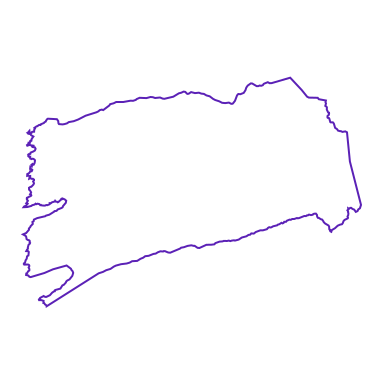 outline of São Desidério, Bahia, Brazil
{"feature_id": "56859067B26538117182500", "entity_name": "São Desidério", "entity_type": "district", "adm_level": 2, "iso_a3": "BRA", "parent_name": "Brazil", "parent_adm1": "Bahia", "projection": "orthographic", "projection_center": [-45.646, -12.88], "detail": "fine", "context": "isolated", "style": "outline", "palette": "violet", "viewbox_px": 384, "rotation_deg": 0, "n_neighbors": 0, "source": "geoboundaries", "source_scale": "gbopen_adm2", "svg_char_len": 5806}
<svg xmlns="http://www.w3.org/2000/svg" viewBox="0 0 384 384"><path d="M32.3,169.8L32.1,170.6L31.6,171.3L30.3,171.1L29.7,172.4L28.7,173.4L27.3,174.0L27.2,175.0L27.2,175.9L28.4,175.6L29.2,176.1L30.2,176.0L30.2,177.1L29.3,178.0L29.2,178.7L30.4,178.1L31.5,178.8L32.9,178.8L34.0,179.6L34.0,180.4L33.1,181.4L34.0,183.2L33.5,184.5L31.3,186.8L30.6,186.8L29.0,187.8L29.1,189.7L29.9,190.3L31.1,192.3L30.2,194.1L30.9,194.1L31.3,195.5L30.8,196.0L26.9,197.8L26.8,198.5L27.2,198.9L26.9,199.6L27.9,200.8L26.4,203.1L27.1,203.2L27.7,203.7L26.1,205.5L24.0,206.6L23.6,207.2L27.4,207.0L31.4,205.9L32.2,205.2L34.5,204.6L35.6,203.7L36.2,204.2L37.6,203.7L39.3,204.1L40.3,205.2L41.0,204.9L41.7,205.4L43.9,205.6L45.0,205.6L46.3,205.0L47.2,205.2L49.3,204.4L50.0,203.8L49.8,203.1L51.1,203.1L52.0,202.3L54.7,201.5L55.1,200.8L55.7,201.6L57.2,201.8L57.7,202.3L58.4,202.0L60.9,199.7L61.9,199.3L61.6,198.7L62.3,198.4L64.7,199.4L66.2,200.7L65.8,202.8L63.0,206.1L62.6,207.3L61.5,208.0L57.7,209.5L56.7,210.7L56.0,211.0L54.5,211.1L54.1,211.7L49.3,214.7L46.0,215.6L45.3,216.2L37.2,218.1L33.9,219.6L33.6,221.3L32.4,222.0L32.8,223.9L30.5,226.3L30.2,227.2L28.9,228.5L29.0,229.7L26.2,233.0L23.0,234.4L25.6,235.9L26.1,236.5L26.6,239.1L27.5,239.8L29.3,240.4L29.8,241.1L29.6,242.3L30.1,242.9L29.8,243.7L28.6,244.7L27.8,247.5L28.0,248.1L27.8,248.9L27.1,249.5L26.3,251.1L28.2,251.2L28.8,252.0L28.4,255.5L27.3,256.1L27.0,256.6L26.7,258.7L25.6,260.3L25.1,262.3L24.6,263.1L23.9,263.4L23.8,264.0L24.2,264.6L28.0,264.5L28.9,264.9L29.3,265.6L29.2,266.6L28.6,267.5L29.4,269.1L29.3,270.5L28.1,271.3L27.0,273.3L26.3,273.5L26.1,275.0L28.3,275.5L29.4,276.8L30.7,277.1L44.4,273.0L53.0,269.3L66.6,265.5L70.9,268.7L71.5,270.0L72.6,271.2L73.2,272.9L72.3,275.9L69.5,279.4L67.3,280.5L66.2,281.5L65.9,282.5L63.8,284.8L62.4,285.4L60.4,288.6L55.3,290.0L54.8,290.4L54.8,291.2L54.1,291.3L52.1,292.7L49.9,295.2L47.2,296.5L46.0,297.0L44.4,296.6L43.7,296.0L40.1,297.9L40.0,298.5L38.9,299.4L39.1,300.1L41.3,300.1L43.6,300.9L43.4,303.0L44.2,303.1L45.0,304.4L46.5,305.4L46.6,306.3L98.7,273.3L103.0,271.9L106.2,270.2L110.5,268.9L113.8,266.6L115.9,265.6L121.0,264.2L126.7,263.5L129.7,262.6L132.1,261.2L137.2,260.9L140.5,258.8L143.2,257.7L145.2,256.2L148.7,255.8L153.5,253.9L155.7,253.6L157.8,252.3L160.4,251.3L163.1,251.5L163.7,251.1L164.8,251.1L168.2,252.5L170.2,252.7L180.0,248.6L181.1,247.7L183.9,247.2L187.6,245.9L191.3,245.3L193.8,245.9L194.6,245.8L197.5,247.8L199.4,248.0L206.4,244.8L211.4,244.7L214.4,244.3L215.4,243.1L219.6,241.6L222.5,241.4L223.9,240.9L227.0,241.0L228.8,240.6L230.3,241.1L231.8,240.6L234.1,240.3L234.9,240.6L238.7,239.6L241.9,237.5L246.4,236.3L248.5,234.9L250.1,234.7L251.3,233.4L253.8,233.6L255.8,232.0L260.4,230.3L263.0,230.3L266.9,229.2L268.0,227.9L269.2,227.2L270.5,227.5L271.4,227.3L273.1,226.3L277.2,225.3L277.7,224.7L279.4,224.2L281.5,222.8L282.6,223.4L283.6,222.9L284.2,221.8L286.0,221.8L286.9,220.7L289.6,219.6L290.8,219.8L292.2,219.0L294.2,219.0L297.0,218.0L297.7,218.3L299.0,218.1L304.3,216.0L305.9,216.1L307.1,215.3L307.8,215.4L309.0,214.6L311.0,215.1L312.8,214.7L313.3,214.0L314.3,213.7L315.9,213.6L316.9,214.8L317.2,216.7L318.0,217.9L318.8,217.9L320.8,219.2L322.2,219.6L323.5,221.5L323.7,222.1L325.1,223.5L328.5,225.5L329.1,226.5L329.3,229.2L330.0,229.7L329.9,230.6L330.5,231.4L331.3,231.8L331.8,230.1L335.0,228.2L337.7,225.7L339.9,224.7L342.0,224.2L342.8,223.1L343.5,221.1L344.6,219.9L347.7,218.4L348.0,217.8L347.5,216.5L348.2,215.2L348.4,213.2L348.0,212.0L348.1,211.4L347.4,210.3L348.3,209.4L348.2,208.3L349.0,208.8L350.2,207.9L351.3,207.9L352.4,208.9L354.2,209.6L355.8,211.9L357.5,211.1L358.3,209.4L359.9,208.3L361.0,204.9L349.9,161.5L347.0,132.3L345.3,131.4L342.4,131.9L340.8,131.1L340.1,131.2L338.0,130.6L337.1,129.2L335.1,127.8L333.9,123.7L333.1,122.5L332.5,122.3L330.8,122.4L330.3,122.1L329.3,118.6L328.9,118.0L327.7,117.8L327.4,117.1L327.6,115.8L328.8,114.9L329.1,113.5L329.0,112.7L328.2,112.5L326.8,109.6L326.9,107.4L326.5,106.7L325.3,105.9L326.0,103.4L325.5,102.3L325.9,100.5L318.8,99.2L317.7,97.8L308.9,97.6L307.1,96.7L301.7,90.0L290.2,77.7L271.7,83.1L269.6,83.2L267.8,82.2L264.5,83.5L263.7,83.9L262.8,85.2L261.1,85.8L259.7,85.5L258.3,86.1L256.6,86.1L252.2,83.5L250.8,83.4L247.7,85.6L246.3,87.6L245.4,90.3L243.7,92.9L240.4,94.2L238.3,94.0L237.6,94.7L237.0,95.5L235.0,100.8L232.9,103.5L232.1,103.8L231.2,103.8L228.9,102.6L225.2,103.1L222.1,102.8L219.2,101.3L215.2,100.0L213.1,98.9L209.7,96.3L206.4,95.4L203.9,93.9L201.3,93.6L198.9,92.7L195.0,93.1L191.1,92.1L188.7,93.7L187.6,93.9L186.9,93.6L185.3,91.9L183.6,91.6L181.3,92.7L178.9,93.3L173.3,96.7L164.4,98.8L162.7,98.6L160.0,97.5L155.1,98.0L152.8,97.2L150.5,97.0L146.4,98.1L139.6,97.8L136.6,99.1L135.8,99.9L133.1,100.8L130.5,100.7L123.3,102.0L116.2,102.0L113.6,103.3L110.1,104.2L109.4,105.4L103.2,110.1L101.9,109.6L99.8,110.1L98.3,111.4L96.4,112.3L85.6,115.7L78.2,119.5L73.7,121.2L68.8,122.1L66.9,123.4L64.4,124.1L62.6,124.4L59.0,124.1L58.5,123.4L58.2,121.0L56.9,119.2L47.9,118.7L47.3,119.0L46.0,120.7L45.8,121.5L44.4,122.3L43.9,123.0L40.8,124.3L40.5,125.0L39.2,124.9L37.1,126.3L36.6,126.3L34.4,127.9L35.0,128.6L34.3,129.4L34.1,131.7L32.3,131.8L31.7,132.2L31.5,132.9L30.1,133.3L29.6,132.6L29.4,130.9L28.2,132.3L28.5,133.0L27.7,133.1L28.2,133.7L30.3,134.1L30.8,134.5L31.1,135.2L33.4,136.5L31.7,138.9L31.4,140.6L30.8,140.5L30.2,141.0L30.4,141.6L29.8,142.0L29.9,142.9L29.2,143.2L28.5,142.9L28.2,144.1L27.0,145.1L27.3,145.7L29.4,145.0L30.8,145.1L31.7,146.0L32.4,145.5L33.6,145.7L33.6,146.4L33.1,147.1L34.9,147.4L35.6,148.8L34.9,150.5L33.3,151.5L30.6,152.6L30.3,153.9L28.6,154.2L28.1,154.9L28.7,155.6L28.4,156.3L29.3,157.0L30.2,156.8L30.2,158.5L30.9,158.6L31.3,159.1L32.7,158.7L33.6,159.0L34.7,159.8L35.0,160.5L34.6,163.0L33.7,164.7L33.1,164.8L32.5,164.0L31.6,164.7L32.0,165.2L31.8,166.6L30.4,166.4L30.1,168.9L31.6,169.2L32.3,169.8Z" fill="none" stroke="#5b21b6" stroke-width="2"/></svg>